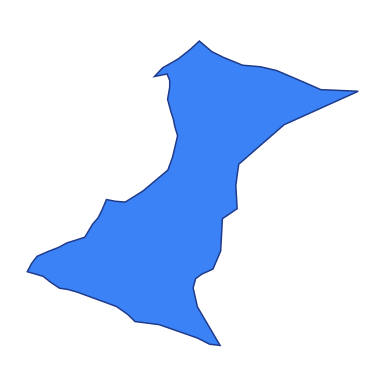 the district of Tenente Laurentino Cruz, Rio Grande do Norte, Brazil, rotated 4°
{"feature_id": "56859067B82553548665211", "entity_name": "Tenente Laurentino Cruz", "entity_type": "district", "adm_level": 2, "iso_a3": "BRA", "parent_name": "Brazil", "parent_adm1": "Rio Grande do Norte", "projection": "orthographic", "projection_center": [-36.73, -6.158], "detail": "fine", "context": "isolated", "style": "filled", "palette": "blue", "viewbox_px": 384, "rotation_deg": 4, "n_neighbors": 0, "source": "geoboundaries", "source_scale": "gbopen_adm2", "svg_char_len": 895}
<svg xmlns="http://www.w3.org/2000/svg" viewBox="0 0 384 384"><g transform="rotate(4 192 192)"><path d="M230.7,343.1L205.4,306.2L199.8,287.6L201.7,278.1L207.6,273.2L218.3,267.4L224.7,248.9L224.2,216.5L238.2,205.5L235.3,182.7L236.0,170.2L236.7,161.0L279.1,118.5L350.8,79.9L313.4,80.9L290.0,72.6L267.8,64.9L251.5,62.3L233.6,62.0L213.6,55.4L202.0,50.6L188.8,40.9L180.1,50.1L169.2,60.0L162.0,64.9L154.0,70.2L146.5,79.4L158.9,76.0L162.0,82.4L162.4,89.3L161.2,101.3L165.3,113.2L168.4,120.9L170.2,127.7L173.7,136.9L170.2,158.5L166.4,171.8L143.0,194.4L126.1,206.7L116.2,206.6L107.2,205.5L103.4,216.5L100.0,224.5L95.1,231.0L88.2,244.6L71.0,251.4L62.3,256.8L52.5,261.4L41.9,267.0L37.0,274.4L33.2,283.0L49.4,286.5L57.3,291.9L66.5,297.2L75.1,297.9L84.1,299.8L124.6,311.5L136.4,318.6L144.2,325.2L168.4,326.6L207.6,337.3L220.1,342.6L230.7,343.1Z" fill="#3b82f6" stroke="#1e3a8a" stroke-width="1.5"/></g></svg>